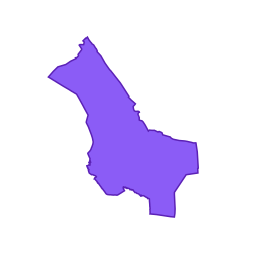 outline of Gradinari, Caras-Severin, Romania, rotated 342°
{"feature_id": "2599482B46425260952488", "entity_name": "Gradinari", "entity_type": "district", "adm_level": 2, "iso_a3": "ROU", "parent_name": "Romania", "parent_adm1": "Caras-Severin", "projection": "mercator", "projection_center": [21.573, 45.115], "detail": "fine", "context": "isolated", "style": "filled", "palette": "violet", "viewbox_px": 256, "rotation_deg": 342, "n_neighbors": 0, "source": "geoboundaries", "source_scale": "gbopen_adm2", "svg_char_len": 5113}
<svg xmlns="http://www.w3.org/2000/svg" viewBox="0 0 256 256"><g transform="rotate(342 128 128)"><path d="M188.0,163.2L187.4,162.9L186.5,162.7L185.6,162.4L183.8,161.2L181.9,160.1L180.1,159.0L178.2,158.0L178.0,157.9L172.8,155.7L168.1,153.0L167.6,152.7L167.2,152.3L166.8,151.9L166.4,151.5L166.1,151.1L165.8,150.6L165.6,150.1L165.4,149.6L158.9,145.2L158.9,143.2L158.2,142.3L156.5,140.9L155.3,141.1L152.3,138.3L151.1,138.0L150.0,137.6L148.8,137.1L147.7,136.6L146.4,137.2L145.2,130.5L144.2,126.8L143.5,125.5L141.2,124.1L141.4,122.9L141.8,122.0L141.9,121.4L141.7,117.9L142.7,116.6L143.6,116.6L143.6,115.9L142.8,115.2L141.8,114.9L141.2,114.8L140.4,114.6L139.3,113.6L139.1,112.1L139.3,110.4L139.6,109.1L141.7,107.9L142.5,107.3L139.5,102.2L137.9,98.9L138.7,98.1L134.7,83.0L129.1,67.8L128.7,67.3L128.0,65.2L126.1,59.0L124.5,50.9L122.2,45.9L122.3,45.8L122.6,44.9L122.3,42.9L121.8,41.7L121.5,40.4L121.0,38.4L119.7,36.7L119.6,36.0L119.1,35.0L118.6,33.6L118.0,31.8L117.5,29.0L115.6,29.9L115.4,29.5L112.1,31.2L112.4,31.9L112.8,32.4L112.9,32.8L111.6,35.0L109.6,34.3L108.1,33.8L107.2,34.1L108.4,38.6L107.8,39.4L103.3,42.5L103.2,44.0L101.4,45.1L100.3,44.9L99.8,44.9L100.1,46.0L94.0,46.8L88.5,48.4L80.2,48.2L74.4,51.1L68.0,54.9L79.6,68.5L83.9,73.3L85.7,75.5L89.6,79.9L92.0,92.3L92.7,96.3L94.0,103.2L94.0,103.3L93.9,103.6L90.6,108.6L90.1,109.5L90.0,110.1L90.2,111.4L90.4,112.7L90.7,114.7L91.1,123.0L91.1,126.4L90.6,130.5L89.7,132.3L88.1,134.5L87.4,135.2L86.1,136.9L85.9,137.1L85.7,137.3L84.3,138.3L83.7,138.6L82.2,139.4L82.1,139.5L81.9,139.8L81.9,140.0L81.9,140.4L82.4,145.5L82.1,146.0L81.9,146.4L81.9,146.7L81.8,146.9L81.7,147.0L81.8,147.2L81.9,147.4L81.9,147.5L81.3,147.7L81.3,147.8L81.3,148.0L81.7,148.4L81.8,148.6L82.0,148.9L82.0,149.0L81.9,149.1L81.5,149.1L81.0,149.2L80.8,149.1L80.4,148.7L80.2,148.6L80.0,148.9L80.0,149.0L80.2,149.4L80.7,149.8L80.9,150.0L80.9,150.3L80.6,150.9L80.4,151.4L80.3,151.5L80.2,151.6L79.7,151.3L79.5,151.0L79.4,150.9L78.6,151.2L78.1,151.3L77.7,151.3L77.3,151.2L77.2,151.2L77.2,151.8L77.1,152.1L77.1,152.3L77.2,152.5L77.3,152.7L77.3,153.1L77.3,153.4L77.3,153.5L77.5,153.5L77.6,153.9L77.4,154.2L77.4,154.4L77.4,154.6L77.4,154.8L77.5,154.9L77.5,155.0L77.8,155.3L77.9,155.7L77.6,155.8L77.4,156.0L77.2,156.2L77.2,156.8L77.2,157.2L77.2,158.6L77.2,158.8L77.5,159.3L78.2,160.2L78.6,160.8L78.8,161.1L79.0,161.2L79.2,161.3L79.6,161.3L79.9,161.4L80.2,161.7L80.7,162.0L80.8,162.1L81.0,162.5L81.7,162.9L81.9,163.1L82.2,163.4L82.7,164.0L82.8,164.2L82.9,164.4L82.9,164.7L82.8,164.8L82.6,164.8L82.1,164.9L81.5,165.0L81.1,165.1L80.8,165.3L80.6,165.5L80.3,165.8L80.2,166.0L80.8,166.1L80.9,166.6L81.0,167.2L81.1,167.4L81.3,167.8L81.5,168.3L81.8,168.9L81.9,169.0L81.9,169.3L82.0,169.4L82.1,169.6L82.0,169.9L82.1,170.6L82.2,170.9L82.4,170.8L82.5,170.9L82.5,171.0L82.4,171.2L82.4,171.3L82.5,171.4L82.7,171.6L82.8,171.6L83.0,172.0L83.0,172.4L84.1,175.7L84.2,176.0L84.2,176.4L84.3,176.7L84.3,176.8L84.5,176.9L84.6,177.4L84.7,177.8L84.8,177.8L85.0,178.1L85.1,178.4L85.5,179.7L85.7,180.2L86.4,182.3L86.6,183.2L86.8,183.6L86.9,183.9L87.3,184.4L87.6,184.7L88.4,185.2L89.6,185.7L89.8,185.8L90.0,185.9L90.3,186.0L91.1,186.2L91.6,186.5L92.0,186.7L92.5,186.9L93.5,187.3L94.1,187.5L94.3,187.5L94.6,187.5L94.8,187.6L95.1,187.7L95.5,187.9L96.1,188.2L97.1,188.5L97.5,188.5L102.1,187.4L103.5,187.0L104.6,186.8L105.3,186.6L105.1,185.5L104.9,185.2L104.8,184.9L104.8,184.4L105.0,183.6L105.0,183.2L105.4,182.6L105.6,182.6L105.8,182.7L105.9,182.8L106.0,183.2L106.1,183.5L106.3,183.7L106.7,183.5L107.0,183.5L107.3,183.5L107.5,183.6L107.6,183.8L107.3,184.0L107.5,184.4L107.8,184.3L107.9,184.2L108.0,184.3L108.4,184.5L108.4,184.8L108.2,185.0L108.3,185.2L108.7,185.2L109.2,185.2L109.3,185.2L109.4,185.3L109.5,185.5L110.3,185.9L110.7,186.2L110.8,186.5L110.8,187.1L110.8,187.3L111.0,187.4L111.3,187.4L111.8,187.4L111.9,187.6L112.0,187.8L112.2,188.0L112.4,188.1L112.5,188.2L112.8,188.0L112.8,187.9L113.0,188.0L113.5,188.3L113.8,188.8L113.7,189.1L113.8,189.6L114.0,189.8L114.3,190.4L114.4,190.7L114.4,190.9L114.5,191.1L114.6,191.3L114.6,191.5L115.0,191.7L115.3,191.7L115.5,191.8L115.8,192.1L116.0,192.6L116.3,193.0L116.9,193.3L117.0,193.4L117.3,193.6L117.6,193.9L117.9,194.2L118.1,194.5L118.2,194.9L118.2,195.1L118.5,195.4L118.6,195.6L118.8,195.7L119.0,195.8L119.3,195.8L119.5,195.9L119.4,196.0L119.0,196.6L119.1,196.8L119.3,196.9L119.8,196.5L120.0,196.5L120.7,196.9L120.8,196.9L121.4,197.0L121.9,197.2L122.1,197.4L122.3,197.6L122.8,198.2L123.0,198.4L123.1,198.5L123.2,198.8L123.4,198.9L123.6,199.1L123.7,199.3L123.8,199.4L124.0,199.5L124.2,199.8L124.4,200.0L124.5,200.1L124.8,200.2L124.9,200.4L124.9,201.1L125.0,201.3L125.3,201.3L125.5,201.3L125.9,201.4L126.1,201.6L126.4,202.1L126.1,203.2L125.6,205.0L125.5,205.6L125.0,207.6L124.9,208.0L124.8,208.4L124.6,208.9L124.5,209.5L124.5,210.0L124.4,210.2L124.3,210.4L124.2,210.7L124.1,211.2L124.1,211.6L123.9,211.8L123.7,212.1L123.4,213.5L123.2,214.1L123.0,214.7L122.7,215.9L122.3,216.5L128.3,219.1L141.1,225.5L144.6,227.0L146.2,223.8L147.8,219.5L151.7,205.2L152.3,203.5L168.9,190.4L180.6,192.4L181.8,188.0L182.4,187.9L186.5,172.1L188.0,163.2Z" fill="#8b5cf6" stroke="#5b21b6" stroke-width="1.5"/></g></svg>